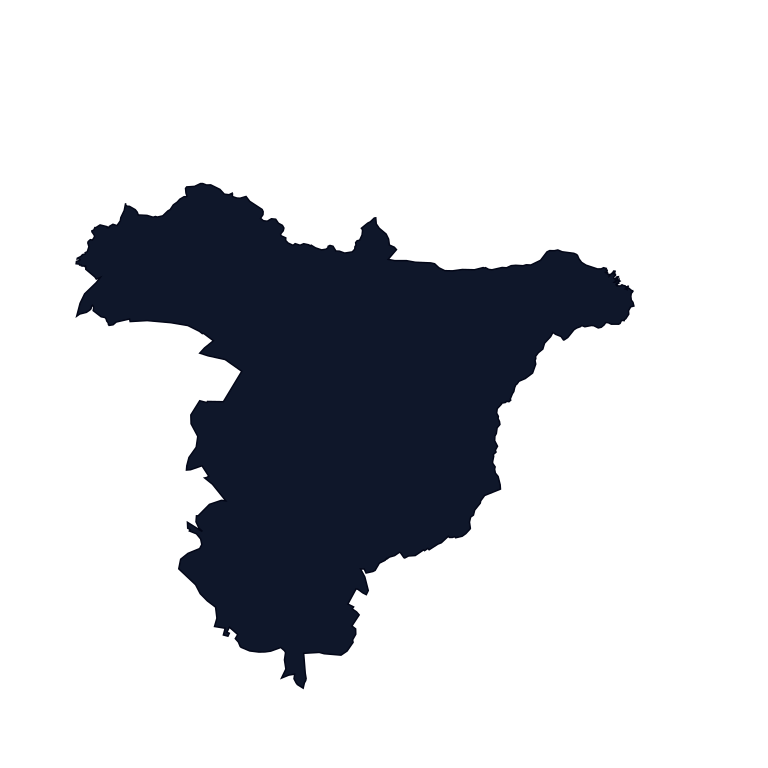 Alba Iulia, Alba, Romania (Robinson projection), rotated 160°
{"feature_id": "2599482B11612848018350", "entity_name": "Alba Iulia", "entity_type": "district", "adm_level": 2, "iso_a3": "ROU", "parent_name": "Romania", "parent_adm1": "Alba", "projection": "robinson", "projection_center": [23.551, 46.066], "detail": "fine", "context": "isolated", "style": "filled", "palette": "ink", "viewbox_px": 768, "rotation_deg": 160, "n_neighbors": 0, "source": "geoboundaries", "source_scale": "gbopen_adm2", "svg_char_len": 6171}
<svg xmlns="http://www.w3.org/2000/svg" viewBox="0 0 768 768"><g transform="rotate(160 384 384)"><path d="M565.0,642.2L568.8,635.9L574.4,630.4L576.0,627.5L580.7,624.2L584.1,626.8L588.4,626.0L588.4,625.3L588.9,625.0L590.6,625.6L590.3,626.3L590.6,626.7L596.4,630.6L601.3,629.5L602.2,629.9L604.0,628.0L606.2,627.8L606.4,626.8L605.4,623.0L605.7,621.3L608.8,619.0L610.6,620.1L613.3,619.0L614.1,617.8L614.3,614.0L617.6,609.8L619.9,609.6L620.0,608.6L620.8,608.3L622.5,608.7L624.3,608.2L624.5,607.6L629.2,607.1L629.6,606.4L628.4,606.3L627.0,604.9L627.8,604.2L631.1,604.4L632.2,602.3L629.4,600.9L629.4,599.9L628.0,599.5L628.1,598.7L627.4,598.1L624.3,597.0L624.8,596.5L624.2,595.9L625.0,593.8L619.1,583.5L618.5,581.0L614.1,581.2L619.7,577.7L634.5,571.1L642.0,563.8L649.6,552.8L646.0,553.8L639.1,553.1L635.2,554.1L633.6,554.9L631.8,557.5L630.9,557.7L630.5,555.4L632.2,552.4L626.8,543.9L623.6,542.0L622.9,540.6L623.0,537.9L622.3,536.0L622.6,534.0L622.3,533.1L618.3,532.3L614.4,533.8L600.8,532.1L601.2,529.5L584.9,524.6L563.3,514.5L548.3,506.0L539.4,496.6L537.5,493.5L536.1,493.1L529.5,483.0L540.3,479.3L546.6,476.0L539.6,470.6L524.9,461.3L513.3,444.6L541.0,422.3L555.9,428.0L556.8,427.1L562.9,431.3L576.1,421.0L578.9,412.6L576.9,398.5L582.1,388.8L592.4,381.7L597.3,374.6L599.1,370.7L595.1,369.6L583.0,369.4L580.2,357.3L582.5,356.8L584.7,357.1L579.5,348.5L572.6,328.3L576.6,330.3L589.2,330.6L603.8,323.7L605.3,324.3L607.8,318.8L607.2,311.9L605.3,308.2L605.7,308.0L616.0,321.3L617.8,315.6L615.9,313.5L617.2,312.5L611.5,307.4L609.3,301.1L610.1,295.5L613.5,292.4L626.1,291.9L635.0,288.9L640.1,280.5L629.7,259.8L628.4,249.8L624.2,240.6L618.6,231.9L621.1,221.1L626.2,214.1L616.8,208.8L620.8,203.1L616.9,200.4L614.6,202.7L616.5,204.4L612.5,208.4L607.1,198.6L610.8,195.6L609.1,191.3L608.9,186.5L608.3,185.4L601.5,179.1L593.3,174.9L587.4,172.9L581.8,171.7L571.1,171.7L568.7,167.3L568.4,165.3L571.9,158.8L573.7,149.7L580.9,142.7L573.1,143.0L567.2,141.9L569.4,137.8L568.8,133.2L568.2,131.2L564.0,125.8L561.0,130.4L559.1,132.0L557.9,133.9L556.9,139.2L551.6,158.4L536.6,153.9L532.5,151.0L517.1,143.9L510.0,145.7L501.4,151.8L501.0,154.3L496.1,158.5L494.4,163.6L496.9,167.6L486.3,175.5L487.7,179.2L490.8,183.6L488.8,184.9L493.2,189.6L480.3,201.0L478.8,200.1L475.4,195.0L472.7,192.1L469.4,195.3L468.0,209.2L469.3,218.3L465.9,216.9L465.5,212.5L458.6,211.6L456.1,211.9L449.7,217.2L443.1,218.0L441.3,219.2L441.1,218.6L438.1,219.5L432.7,219.1L427.0,220.6L426.2,219.7L424.7,214.0L424.0,213.4L419.8,214.0L413.3,212.1L403.5,214.6L402.9,213.5L399.0,214.5L398.3,212.8L388.1,215.1L384.4,215.2L375.7,218.9L375.0,217.4L372.2,216.4L369.8,216.4L369.3,215.0L362.6,214.2L358.3,215.4L352.7,218.3L352.2,218.8L350.9,225.0L348.1,229.3L344.8,230.2L341.9,234.5L334.3,239.1L333.1,241.1L327.6,244.8L310.5,245.4L309.3,249.6L308.4,258.1L309.8,262.2L309.2,266.1L307.9,268.1L309.0,272.4L308.4,274.0L305.6,278.6L305.4,280.3L302.0,281.7L302.0,283.7L298.6,286.7L299.4,292.8L297.6,297.1L295.4,299.0L292.7,304.1L288.9,306.3L288.3,309.3L288.6,312.5L287.6,314.5L288.1,318.1L286.0,322.1L280.5,324.9L280.5,325.8L276.1,325.1L274.7,325.8L272.6,324.6L270.4,325.5L270.5,326.7L266.7,330.9L264.6,332.5L262.4,336.0L260.3,338.2L259.0,338.5L256.3,340.4L249.4,340.8L240.6,343.5L234.6,350.8L234.0,354.5L232.7,355.9L232.1,358.1L228.3,360.6L222.8,362.5L219.2,367.4L211.2,371.5L207.6,374.7L205.8,372.0L201.4,368.1L200.3,364.0L199.6,363.8L195.3,364.9L186.9,370.0L183.8,370.7L179.8,370.7L178.2,371.3L175.7,369.1L169.0,368.0L166.9,367.0L163.5,363.4L160.4,363.0L156.8,364.3L154.7,365.9L152.3,364.9L150.0,362.5L143.0,359.9L141.4,360.2L139.1,362.5L136.6,361.4L136.3,362.1L134.4,362.7L130.1,365.9L129.2,369.2L125.8,372.1L122.5,371.8L122.1,375.6L122.9,378.3L122.1,381.8L120.7,384.5L118.4,385.9L118.4,386.6L119.0,386.6L121.3,390.5L123.1,390.6L123.3,389.6L124.7,390.7L123.7,390.8L123.7,391.3L122.0,390.9L122.5,391.9L121.6,391.7L120.6,392.8L121.6,392.2L123.6,392.6L123.9,393.9L125.9,394.9L125.9,395.5L127.0,395.9L127.6,395.2L128.9,395.5L131.5,396.6L131.1,397.3L132.8,397.7L129.5,398.4L130.5,399.0L127.0,400.0L127.6,400.8L127.4,401.7L128.6,400.6L128.7,401.9L131.9,400.5L132.9,400.9L129.2,402.5L128.3,403.4L128.6,403.8L127.9,403.6L127.1,404.7L128.5,405.0L131.8,403.1L131.0,403.8L131.9,404.9L131.5,406.2L129.7,406.7L130.0,407.5L128.5,407.5L129.2,407.8L129.3,408.9L130.3,408.3L130.6,409.3L129.3,410.8L128.4,410.5L128.3,411.1L129.6,411.6L131.8,409.7L132.3,410.1L135.5,408.4L134.9,409.9L136.3,410.6L136.9,412.3L138.5,413.6L136.0,412.4L136.2,413.3L135.5,414.1L135.3,415.3L135.6,414.9L136.4,415.7L135.6,416.6L137.9,418.2L140.5,417.9L144.0,419.1L153.5,426.6L156.7,430.7L158.0,435.0L158.2,438.8L158.9,440.0L160.9,441.9L171.3,447.3L174.8,450.5L178.3,451.0L182.8,452.7L185.7,452.4L194.6,446.7L205.3,445.6L209.6,447.4L212.9,447.6L219.6,450.5L224.0,451.7L229.1,451.3L233.2,453.1L243.5,454.4L246.4,455.9L248.8,458.6L249.6,458.5L251.0,459.5L259.9,460.4L271.2,464.8L280.9,466.9L288.1,469.7L292.6,474.4L295.3,479.7L298.6,481.8L312.9,487.7L320.6,492.2L331.8,496.3L337.5,499.7L326.3,506.0L327.5,509.0L331.4,512.8L330.1,518.6L330.7,524.2L335.2,532.0L336.5,537.1L334.9,543.0L336.4,543.3L341.4,541.1L344.2,540.8L352.0,538.1L351.5,536.6L351.8,535.3L353.7,531.5L357.7,527.5L360.3,527.8L362.3,526.6L362.9,523.8L364.2,523.2L365.4,520.7L368.6,519.0L376.2,520.5L380.5,524.1L383.7,525.4L384.8,530.9L387.4,532.7L389.4,532.5L390.0,531.3L392.2,530.5L396.8,531.4L401.8,535.4L405.0,539.4L406.1,538.8L407.0,540.5L411.5,543.3L415.4,543.1L419.5,546.3L422.0,545.4L425.9,549.3L427.3,552.6L426.3,554.9L429.9,558.4L429.9,560.3L426.3,562.4L424.7,564.8L425.2,567.8L428.2,571.2L429.4,575.9L433.3,577.8L438.0,576.9L441.5,578.7L443.3,582.0L439.8,584.5L438.6,587.3L438.8,589.7L447.7,601.6L449.5,607.4L455.7,607.8L458.7,609.1L462.3,612.0L461.4,614.4L462.1,614.6L461.7,615.2L464.9,614.9L469.1,617.0L471.6,623.0L478.7,630.4L482.7,631.7L485.8,634.4L487.9,635.1L494.4,634.5L502.0,636.7L503.6,635.7L504.8,631.1L504.9,627.8L505.4,627.5L507.8,628.4L512.7,627.5L516.0,625.7L520.7,624.4L525.3,621.0L527.9,620.6L534.4,617.7L539.9,618.4L541.5,619.6L543.9,619.7L549.0,623.5L557.1,626.9L557.1,629.9L558.1,632.9L562.4,638.0L564.7,639.0L565.5,640.6L565.0,642.2Z" fill="#0f172a" stroke="#020617" stroke-width="1.5"/></g></svg>